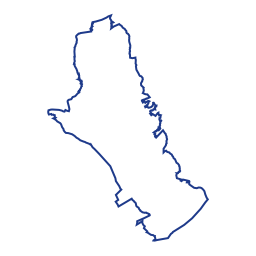 outline of Murgasi, Dolj, Romania
{"feature_id": "2599482B65380015687406", "entity_name": "Murgasi", "entity_type": "district", "adm_level": 2, "iso_a3": "ROU", "parent_name": "Romania", "parent_adm1": "Dolj", "projection": "equal_earth", "projection_center": [23.828, 44.555], "detail": "fine", "context": "isolated", "style": "outline", "palette": "blue", "viewbox_px": 256, "rotation_deg": 0, "n_neighbors": 0, "source": "geoboundaries", "source_scale": "gbopen_adm2", "svg_char_len": 5688}
<svg xmlns="http://www.w3.org/2000/svg" viewBox="0 0 256 256"><path d="M153.5,240.5L154.7,240.6L157.2,240.0L168.0,238.1L170.9,233.9L172.4,232.8L172.9,232.0L184.2,224.9L192.1,218.3L200.7,208.8L205.3,202.4L207.8,199.4L206.6,197.6L205.3,194.4L204.4,191.2L203.2,189.6L201.6,188.1L200.3,187.6L198.6,187.5L196.8,188.2L194.1,187.8L189.3,184.4L189.2,182.6L186.9,182.4L187.1,181.9L188.5,182.1L188.6,181.8L189.3,181.9L189.4,181.4L189.1,181.0L183.1,179.6L182.6,180.3L182.0,180.3L181.5,181.1L180.6,180.6L181.2,179.5L176.9,178.2L176.3,175.4L176.6,174.0L176.9,173.5L177.2,173.4L177.0,173.2L177.5,173.2L178.7,172.1L179.6,171.8L179.8,171.5L179.4,171.3L180.1,170.8L179.7,169.6L179.8,168.4L179.6,168.0L179.7,167.0L179.2,166.3L179.2,165.4L178.0,163.7L176.5,162.7L175.0,159.2L173.7,158.3L173.0,156.5L172.3,155.9L171.8,154.6L169.9,153.3L169.4,152.5L167.2,151.9L166.1,150.7L164.7,151.3L163.6,152.4L163.6,148.7L165.9,145.3L166.0,144.2L166.6,143.4L166.4,143.0L166.6,142.1L166.4,141.1L167.1,139.2L166.6,137.7L166.6,136.5L165.7,134.5L165.6,133.7L164.9,133.2L163.0,130.3L156.1,137.6L155.1,136.7L155.0,136.4L155.8,135.6L154.5,134.5L155.2,133.6L155.0,133.2L153.7,132.5L155.5,131.1L156.3,131.3L156.9,130.7L156.7,130.5L156.8,130.2L157.5,129.5L158.7,130.3L160.3,128.6L160.0,127.8L158.5,127.9L158.5,127.2L159.2,127.1L159.8,126.4L159.7,125.5L160.1,125.2L159.9,123.8L160.4,123.1L160.2,122.1L161.3,120.7L161.2,120.5L159.9,120.6L159.4,119.5L159.6,119.2L159.4,118.2L160.3,117.9L160.3,117.5L160.6,116.9L160.5,115.6L160.8,115.2L159.8,114.9L159.1,115.3L158.4,113.7L158.4,112.7L157.8,113.0L155.5,115.9L152.6,114.0L151.8,114.9L151.3,115.2L150.1,113.5L151.0,112.9L150.7,112.0L150.1,111.3L150.2,111.0L151.3,110.3L152.6,110.5L153.0,110.1L153.5,109.2L155.3,109.5L154.8,107.1L156.3,106.5L156.5,105.5L155.7,105.5L155.2,105.1L154.8,104.7L153.8,102.8L153.3,102.7L153.1,102.8L153.2,103.3L153.1,104.5L152.8,105.2L152.0,106.4L151.1,107.1L148.7,107.8L148.0,107.5L147.6,106.8L146.2,107.0L145.6,106.8L145.3,107.1L145.0,106.4L146.2,105.9L146.6,105.2L147.4,105.2L147.9,104.0L148.4,103.2L148.5,102.0L149.3,101.3L148.7,101.0L147.6,101.2L145.3,102.8L144.5,101.2L143.3,101.7L143.2,101.9L143.4,102.0L142.9,102.5L141.9,100.8L141.9,100.4L142.9,99.9L145.5,99.1L146.4,98.5L146.8,98.7L149.7,97.3L147.4,94.4L146.4,94.4L144.7,94.0L142.9,93.1L143.2,92.7L143.3,92.0L143.6,91.2L143.8,90.3L143.4,88.3L143.7,87.7L141.2,85.4L141.0,83.5L141.3,82.5L142.0,81.7L142.0,81.4L142.3,81.0L142.3,80.3L142.8,79.5L142.6,78.8L142.7,78.1L141.3,76.3L140.0,76.0L139.4,75.3L138.6,73.6L136.4,69.7L135.9,66.0L136.4,65.1L135.6,63.7L135.8,59.9L135.4,58.5L135.4,57.6L132.4,58.2L130.1,57.7L130.0,54.9L129.8,54.3L129.6,54.0L129.8,53.8L129.5,53.0L129.8,52.2L129.7,51.9L130.0,51.6L129.9,51.1L130.0,50.4L129.7,49.4L130.2,48.0L130.0,47.8L130.2,47.6L130.1,47.3L130.3,46.4L130.3,45.3L129.4,42.3L129.2,41.3L129.1,39.7L129.3,39.1L129.2,37.4L129.4,36.3L128.9,35.0L128.1,33.9L126.9,33.2L126.4,32.5L126.4,31.5L126.2,30.7L125.6,30.3L124.8,29.0L122.7,27.6L121.7,26.0L119.8,24.7L119.2,24.1L113.8,26.5L111.2,28.4L111.8,25.6L111.4,25.7L111.5,24.7L111.1,23.3L113.3,22.4L112.7,21.9L111.4,21.6L111.3,21.3L111.5,21.1L111.4,20.7L110.1,18.7L110.0,17.9L110.4,16.6L110.7,16.2L111.0,15.4L108.3,16.4L106.5,17.6L101.8,19.8L95.9,21.5L92.5,22.2L92.4,22.3L92.6,22.8L93.1,23.0L92.9,23.6L92.1,23.6L91.9,24.1L92.1,25.2L91.8,25.5L91.7,26.1L92.3,26.4L91.8,26.8L91.8,27.3L91.3,27.4L90.9,28.2L90.9,28.4L91.6,28.3L91.5,28.8L91.2,28.9L92.0,29.5L91.8,29.7L91.3,29.7L91.9,30.3L91.7,30.5L90.9,30.5L91.1,31.5L81.7,32.9L80.3,33.1L79.6,33.6L78.7,33.6L77.0,35.1L76.2,36.0L76.1,37.0L76.8,38.9L76.9,39.6L76.9,40.5L76.5,42.0L76.7,42.8L76.4,43.2L75.4,45.5L75.3,46.5L74.5,47.5L74.7,48.1L74.4,51.6L74.7,55.7L74.5,56.4L74.7,56.7L74.3,56.9L74.5,58.0L74.5,60.0L74.8,61.0L74.7,61.5L74.2,62.8L74.1,63.2L74.3,63.3L74.5,63.9L74.2,64.2L74.6,64.4L74.4,64.8L74.9,66.3L76.4,68.9L77.3,71.4L77.5,72.8L78.1,73.4L78.5,73.4L78.3,74.3L79.0,74.4L79.0,75.6L79.3,76.0L78.9,77.4L79.2,77.6L78.9,78.3L78.9,78.5L79.5,78.4L79.6,78.7L78.8,79.0L79.0,79.4L78.5,79.5L79.4,79.9L79.8,80.3L80.2,80.1L80.9,80.5L80.9,80.8L81.5,80.7L81.7,81.1L80.8,81.7L81.0,81.9L81.7,82.0L81.7,82.3L81.0,82.9L81.7,83.7L81.2,83.9L81.7,84.2L81.7,84.4L81.9,84.6L81.8,84.9L81.4,84.9L81.8,86.1L81.4,86.3L80.9,88.1L80.5,88.8L80.0,89.3L80.0,90.1L78.9,90.7L78.9,91.0L78.4,91.7L78.9,92.1L79.4,92.0L79.4,92.3L77.5,93.6L75.5,95.9L74.9,96.3L72.6,97.1L71.3,99.2L68.8,99.8L67.8,100.6L67.6,101.7L68.9,106.6L69.4,109.1L68.9,111.2L67.1,110.8L65.4,110.0L64.5,111.6L63.3,111.4L61.8,110.6L59.0,109.9L52.3,109.5L50.9,109.6L48.5,110.3L48.2,111.9L48.4,113.3L48.9,114.5L51.3,114.0L51.8,114.8L53.3,114.6L53.7,115.0L54.7,115.1L54.8,115.9L54.7,117.0L54.8,117.3L55.6,117.7L55.2,118.0L54.3,118.0L53.4,118.4L54.2,118.8L56.2,120.2L57.2,121.4L60.3,123.2L61.1,124.3L62.1,127.1L63.5,129.1L63.7,130.4L64.8,131.9L65.9,132.9L68.3,133.1L72.2,134.3L74.7,136.0L76.5,137.7L78.3,138.7L80.3,140.3L83.9,141.7L84.8,141.9L86.0,142.6L89.0,143.7L90.6,144.7L90.8,144.4L92.6,147.3L94.5,149.0L99.4,154.1L110.3,166.2L115.4,178.2L115.9,181.1L119.3,186.2L120.4,188.7L121.3,189.6L115.9,194.9L118.2,199.9L115.7,201.7L117.7,204.6L118.5,206.5L131.7,198.7L132.4,199.9L133.7,200.9L134.6,202.1L135.4,202.6L135.8,203.4L136.3,205.9L137.0,206.7L138.6,207.7L139.2,209.2L140.2,210.2L140.2,210.6L142.5,212.3L144.8,212.8L145.0,212.7L146.4,212.7L146.6,213.0L148.1,213.5L148.6,214.0L149.3,214.1L149.8,215.1L149.5,215.5L144.2,218.1L137.2,221.2L137.2,223.0L136.8,224.6L142.4,221.2L142.3,222.6L142.5,223.4L143.6,225.3L144.8,226.3L143.9,228.2L147.3,231.4L147.4,231.8L146.9,232.3L147.3,232.4L150.9,234.8L153.3,235.2L154.3,236.1L154.9,236.1L154.8,236.8L155.2,238.0L155.4,239.2L155.1,239.6L153.6,240.3L153.5,240.5Z" fill="none" stroke="#1e3a8a" stroke-width="2"/></svg>